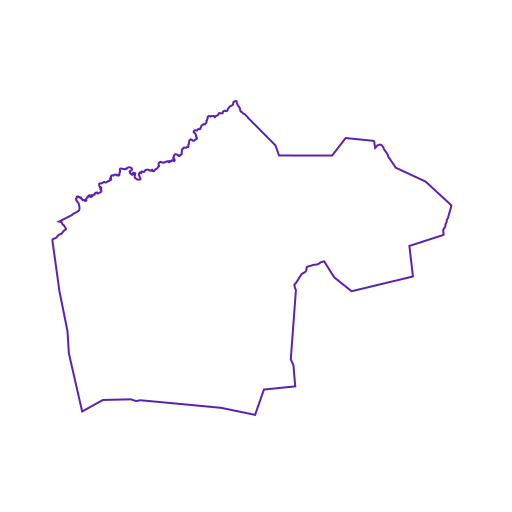 outline of Funhalouro, Inhambane, Mozambique, rotated 80°
{"feature_id": "85939544B45831091528789", "entity_name": "Funhalouro", "entity_type": "district", "adm_level": 2, "iso_a3": "MOZ", "parent_name": "Mozambique", "parent_adm1": "Inhambane", "projection": "orthographic", "projection_center": [33.954, -22.935], "detail": "fine", "context": "isolated", "style": "outline", "palette": "violet", "viewbox_px": 512, "rotation_deg": 80, "n_neighbors": 0, "source": "geoboundaries", "source_scale": "gbopen_adm2", "svg_char_len": 6135}
<svg xmlns="http://www.w3.org/2000/svg" viewBox="0 0 512 512"><g transform="rotate(80 256 256)"><path d="M169.9,423.4L172.0,422.2L173.6,421.5L174.8,421.3L178.3,421.5L180.1,422.1L180.7,422.9L181.2,424.0L182.0,426.1L182.7,428.7L183.6,429.9L187.9,443.9L188.5,442.4L188.9,441.8L189.4,441.4L191.3,441.1L192.6,439.8L193.8,439.4L194.9,438.8L196.0,438.5L196.7,438.6L197.1,439.0L197.3,440.0L198.0,441.2L200.1,443.4L200.4,444.2L200.7,445.9L201.1,446.9L203.2,449.5L203.6,450.4L203.9,452.4L204.4,453.4L204.9,453.8L257.0,455.7L297.3,454.7L319.4,457.2L378.9,454.2L371.2,431.8L375.4,404.2L377.7,399.9L378.0,398.9L378.1,397.3L377.9,396.1L378.0,394.8L399.5,316.6L412.3,284.5L388.9,271.4L391.2,240.0L370.0,238.1L363.8,239.7L296.5,222.6L294.7,223.1L291.1,223.3L289.4,221.3L288.3,220.2L281.7,214.3L280.4,210.6L279.7,209.5L278.2,208.7L276.3,208.2L275.5,207.5L275.3,206.8L275.1,203.6L274.8,201.8L274.7,200.5L274.9,199.2L274.9,197.0L274.5,195.5L273.4,193.2L273.1,189.8L290.6,182.7L307.3,168.0L303.4,105.0L272.7,103.2L267.8,67.8L267.1,67.4L264.4,67.4L262.7,67.0L261.5,66.1L261.1,65.6L259.9,64.5L257.7,63.9L255.9,62.5L253.9,61.9L253.3,61.6L252.8,61.0L251.9,60.4L240.3,54.8L239.6,55.1L212.6,75.7L211.5,77.0L193.2,103.2L191.8,103.7L181.3,108.4L179.1,108.7L176.4,109.8L173.9,111.1L172.7,111.5L171.2,111.7L169.3,112.6L168.3,113.5L168.0,114.0L167.8,115.3L167.8,116.2L168.6,117.9L170.1,119.5L170.3,119.9L165.4,119.8L164.3,119.6L163.1,120.1L162.3,122.7L155.4,147.2L170.3,163.6L161.0,215.9L150.5,217.6L118.4,239.9L117.5,240.2L115.7,241.6L114.9,242.0L114.5,242.4L113.4,244.0L112.0,244.7L111.2,245.9L110.5,246.2L108.0,246.2L107.0,246.5L105.1,247.4L103.3,248.1L100.1,248.3L99.7,249.0L100.1,250.5L100.5,251.3L100.7,251.6L102.9,252.4L103.3,252.8L104.4,256.1L106.4,258.2L107.7,258.9L108.2,259.6L108.2,260.4L107.5,261.3L107.7,262.9L108.3,263.6L109.5,264.0L109.7,264.7L109.5,265.8L108.9,266.8L109.0,267.7L109.3,268.1L110.1,268.3L110.8,269.3L110.9,270.0L111.2,270.8L111.2,271.4L111.4,271.9L112.0,272.2L112.1,272.6L111.6,273.0L111.0,273.1L110.6,273.7L110.7,274.9L110.4,276.0L110.7,276.4L110.8,276.6L109.9,277.8L109.9,278.3L110.2,278.9L111.1,279.7L111.7,279.6L112.5,279.9L113.0,280.4L113.7,280.7L114.1,281.3L114.9,281.3L115.9,281.6L116.7,282.3L116.9,283.0L117.4,283.3L117.4,283.6L117.1,284.8L117.2,285.3L118.0,286.1L118.0,286.3L117.9,286.6L118.2,287.2L119.5,287.8L120.5,288.6L121.3,288.9L121.4,289.1L121.4,289.4L121.0,289.9L121.0,290.9L121.3,291.4L122.1,292.3L122.0,292.8L121.6,293.9L121.6,294.5L121.8,294.9L122.4,295.7L123.2,295.9L123.5,295.8L123.9,295.3L124.3,295.2L124.6,294.7L125.8,294.4L126.6,294.0L127.7,294.4L129.3,293.7L129.9,293.7L130.2,293.9L130.6,294.7L130.7,295.4L131.7,296.8L131.4,298.2L130.3,299.2L129.8,299.9L130.2,300.9L130.9,301.7L131.9,301.9L132.4,302.3L133.1,302.5L134.4,302.8L134.8,303.3L136.0,303.5L136.9,304.0L136.9,304.6L136.7,305.4L137.2,306.1L137.3,306.6L136.7,307.8L137.1,309.0L137.8,309.5L138.3,310.5L138.7,310.7L139.4,310.8L140.2,310.8L141.6,311.4L142.5,311.4L142.9,311.6L143.2,311.9L143.4,313.1L144.2,313.8L144.3,314.2L144.2,314.4L143.8,315.0L142.7,315.6L142.2,316.5L141.9,317.6L141.9,318.3L142.1,318.6L142.7,319.2L143.9,319.6L144.8,320.5L145.1,320.6L145.7,320.3L146.4,319.5L147.7,319.5L148.1,319.7L148.3,320.1L148.1,320.8L147.5,321.2L147.1,322.0L147.2,322.4L148.1,323.2L148.2,323.6L147.5,324.3L147.5,325.0L147.8,325.1L148.3,325.0L148.5,325.2L148.5,325.6L148.2,325.9L147.4,326.4L147.3,326.6L147.4,327.8L147.7,328.4L147.6,329.5L148.0,330.1L148.1,330.7L148.1,331.1L147.6,331.9L147.5,332.7L146.7,333.4L146.6,333.8L146.8,334.5L147.8,335.7L149.1,336.2L150.5,335.8L151.0,336.1L151.3,337.0L152.5,337.9L152.9,338.9L153.1,339.9L154.3,341.3L154.7,342.1L154.7,342.6L154.2,343.4L153.7,343.4L153.4,343.1L153.1,343.2L153.1,344.2L153.6,344.9L153.6,345.3L153.5,345.7L152.4,346.9L152.0,348.2L152.1,349.6L152.4,350.3L153.5,351.2L153.7,351.6L153.6,352.3L153.0,353.4L153.0,353.9L153.3,354.2L154.0,354.3L154.5,354.8L154.4,355.2L153.6,355.3L153.5,355.5L153.6,355.9L154.7,356.9L155.3,357.1L155.9,357.2L157.7,356.9L158.8,356.5L159.9,356.4L160.4,356.6L160.6,357.6L160.3,358.8L159.7,360.2L158.5,361.1L158.2,361.5L157.6,361.8L157.0,361.8L156.4,361.7L155.5,361.2L154.9,361.3L154.6,361.1L154.4,360.7L154.0,360.5L153.4,360.8L153.0,361.5L152.7,362.5L153.2,362.9L154.3,363.1L154.6,363.4L154.6,363.8L153.5,364.1L153.3,365.2L152.9,365.6L152.1,365.8L151.4,365.5L150.8,365.7L150.5,365.5L150.3,365.1L150.2,364.2L149.4,363.1L148.8,363.1L147.7,363.4L147.2,363.9L146.7,365.1L146.6,366.3L146.9,367.5L147.7,368.2L147.6,368.6L147.4,369.0L147.9,369.8L147.9,370.1L147.5,370.7L147.0,372.3L146.5,373.2L146.3,374.3L146.7,374.9L147.1,375.1L149.3,375.1L149.7,375.3L150.5,376.0L152.7,376.6L152.9,377.0L152.8,377.8L152.1,377.9L151.9,378.3L152.2,379.0L152.3,379.4L151.5,380.0L151.3,380.6L151.3,381.2L152.1,382.3L152.1,382.6L151.8,382.8L151.5,383.3L151.6,384.1L152.3,385.0L152.7,385.2L153.4,385.1L153.7,385.2L154.0,386.1L154.4,386.2L155.1,385.3L155.7,385.6L156.1,386.2L156.2,387.5L156.7,387.9L156.6,388.6L157.0,389.2L157.0,389.7L157.5,390.9L157.5,391.6L156.7,392.5L156.8,393.2L157.2,394.3L157.8,395.3L157.5,396.0L157.4,397.1L157.5,397.7L157.9,398.0L159.1,398.2L161.3,397.8L161.5,397.6L161.3,396.9L161.6,396.5L162.2,396.5L162.8,396.9L163.0,397.4L163.4,397.7L163.7,397.5L163.8,397.2L164.3,396.9L164.7,396.9L165.5,397.1L166.1,397.7L167.0,400.8L166.8,401.3L165.9,401.6L166.0,402.0L165.8,402.3L166.0,402.7L166.0,403.1L166.4,403.9L167.4,404.2L167.6,404.4L167.5,405.2L167.8,406.2L167.6,407.1L168.0,407.3L168.5,406.9L168.8,406.9L168.9,407.2L168.8,407.5L169.2,408.1L169.2,408.5L168.9,408.6L168.8,409.1L168.2,409.3L168.1,409.5L168.0,409.1L167.4,409.1L167.2,409.6L167.5,410.1L168.0,410.0L168.1,410.4L168.0,410.5L168.5,411.0L168.3,411.1L168.2,411.5L169.2,411.9L169.9,413.0L170.4,413.2L170.5,413.4L170.9,413.6L171.7,413.5L171.8,414.0L172.2,414.3L172.0,414.6L172.0,415.0L171.5,415.4L171.2,415.3L171.0,415.5L170.7,416.2L170.9,416.9L170.7,417.1L169.9,417.3L169.5,417.9L169.0,418.0L168.7,418.3L168.2,418.2L168.2,418.9L167.9,419.0L167.4,419.5L167.5,419.9L167.3,420.1L166.7,420.4L166.4,422.0L166.6,422.2L166.9,422.0L167.3,422.0L168.5,423.4L168.9,423.2L169.9,423.4Z" fill="none" stroke="#5b21b6" stroke-width="2"/></g></svg>